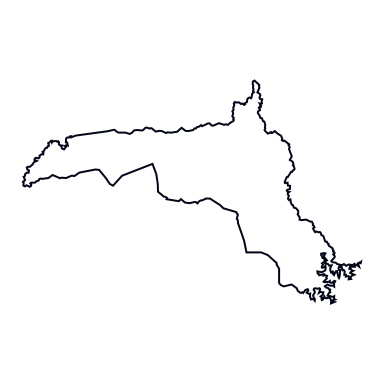 the district of Jardim, Mato Grosso do Sul, Brazil
{"feature_id": "56859067B9427285142105", "entity_name": "Jardim", "entity_type": "district", "adm_level": 2, "iso_a3": "BRA", "parent_name": "Brazil", "parent_adm1": "Mato Grosso do Sul", "projection": "albers", "projection_center": [-56.285, -21.608], "detail": "fine", "context": "isolated", "style": "outline", "palette": "ink", "viewbox_px": 384, "rotation_deg": 0, "n_neighbors": 0, "source": "geoboundaries", "source_scale": "gbopen_adm2", "svg_char_len": 6020}
<svg xmlns="http://www.w3.org/2000/svg" viewBox="0 0 384 384"><path d="M300.0,292.6L301.3,292.8L302.2,292.3L303.1,293.0L305.4,290.0L307.7,289.2L308.3,290.5L306.7,292.7L308.9,293.8L310.2,293.5L310.0,296.4L311.0,299.4L312.6,299.0L313.9,299.4L314.7,300.6L314.9,299.2L313.7,297.6L313.1,295.3L314.8,292.5L314.5,290.7L313.7,290.0L313.8,289.0L315.0,288.2L317.9,288.8L319.1,288.2L320.0,288.7L320.1,289.7L319.0,292.8L320.2,292.0L323.4,292.3L322.7,295.0L320.6,296.4L321.8,297.3L321.5,299.2L321.9,300.1L323.0,299.4L324.4,296.6L325.0,298.0L326.7,298.3L328.9,297.5L330.1,298.4L331.2,300.6L331.0,303.4L334.5,302.0L332.3,301.2L333.0,300.0L335.1,299.5L334.0,298.8L334.2,296.2L332.9,296.9L327.6,295.6L328.9,293.0L330.3,292.3L329.7,291.1L330.2,289.6L329.1,289.3L328.1,288.1L325.8,287.4L324.9,286.3L327.6,284.5L329.6,285.6L332.8,285.6L334.2,286.6L334.0,283.5L335.2,281.2L334.2,280.9L332.3,282.7L331.3,282.8L330.1,282.5L329.8,281.0L328.9,281.8L324.5,282.2L323.6,281.7L326.8,278.5L326.3,277.3L327.0,275.8L324.7,275.2L323.5,275.5L323.8,274.2L319.2,275.2L318.8,274.0L317.6,273.4L317.4,271.4L321.7,272.2L325.3,270.4L325.7,267.3L325.4,265.9L323.5,267.5L322.2,267.8L321.7,267.0L323.0,264.4L322.0,263.3L324.1,261.8L324.7,260.5L323.9,258.4L322.4,257.9L322.2,256.3L321.2,255.3L321.2,253.7L322.6,253.9L323.3,253.0L325.4,253.4L323.7,256.4L326.9,260.4L325.9,261.1L325.1,263.5L327.8,263.9L329.1,265.6L331.6,265.3L330.2,268.4L330.4,270.8L331.2,272.6L332.7,271.4L333.4,272.5L332.9,273.8L334.0,275.1L335.8,271.3L337.0,271.1L338.2,276.5L339.0,278.0L339.7,276.2L340.1,270.1L339.0,270.0L338.5,268.6L338.8,267.0L339.8,266.2L340.6,267.4L341.6,266.9L342.5,270.3L343.6,269.9L344.7,271.2L344.3,274.8L345.9,274.8L345.8,276.6L348.5,276.1L349.2,277.1L348.7,279.3L351.0,279.0L350.3,278.0L351.7,275.8L354.3,274.8L350.2,272.9L350.7,272.0L353.1,270.8L351.8,270.4L350.6,268.5L349.4,268.8L349.6,267.7L350.0,266.7L354.9,266.8L354.9,265.5L356.2,265.2L354.5,263.7L352.7,265.1L348.8,264.5L346.1,265.8L343.9,264.0L343.0,264.8L340.9,265.0L337.1,264.0L335.9,262.7L332.3,262.2L331.3,261.0L334.4,257.7L334.8,256.3L333.2,254.3L334.2,253.9L334.6,252.8L333.1,251.4L333.6,250.6L332.7,249.7L332.7,248.4L328.7,245.6L328.7,244.1L327.8,243.7L326.8,241.7L325.2,241.5L323.7,236.9L322.9,235.7L321.3,235.0L321.0,233.3L319.9,232.0L318.7,232.3L316.3,231.5L315.2,232.2L314.5,231.3L313.0,228.4L314.5,227.3L314.0,226.0L312.8,225.2L313.1,224.1L311.9,221.7L309.9,221.5L306.2,219.6L301.6,220.1L299.7,219.8L299.6,217.2L297.6,214.3L298.2,213.1L298.2,210.9L296.1,208.3L294.0,207.7L292.9,205.2L292.0,204.9L290.8,202.5L290.4,199.4L288.9,200.0L288.0,198.8L288.8,195.6L287.8,194.4L287.9,192.9L289.1,192.0L287.7,191.8L286.8,190.7L287.3,189.8L289.9,189.1L290.1,185.8L287.9,185.6L287.6,182.7L285.0,183.1L284.6,182.2L286.7,177.1L287.7,177.1L291.1,171.8L292.2,171.9L292.7,170.6L294.0,169.9L294.6,168.8L293.8,166.1L292.9,165.5L293.5,164.1L292.6,161.7L289.8,159.9L291.8,156.4L289.0,149.0L289.7,147.0L288.5,145.1L289.2,144.3L284.4,140.7L283.0,141.0L281.8,140.1L282.4,139.2L281.1,135.8L277.4,133.5L274.8,131.1L272.2,133.0L271.2,133.0L270.9,132.1L267.9,133.6L265.1,130.9L264.5,129.8L265.3,128.6L264.9,127.3L265.3,125.0L264.4,121.6L263.1,121.2L261.8,118.1L260.3,117.9L259.6,115.5L257.8,113.0L258.1,111.4L259.9,110.1L259.7,108.8L258.8,107.9L259.8,106.5L260.7,107.0L261.1,106.0L259.7,103.6L261.1,104.0L262.0,103.3L261.5,102.1L262.2,99.3L259.9,98.8L259.5,97.5L260.4,95.3L259.8,93.9L257.4,92.4L259.4,87.9L259.0,86.3L259.3,85.0L254.5,80.6L252.9,81.5L252.7,84.3L253.3,85.8L253.0,87.7L253.5,89.0L253.0,91.5L253.9,92.2L252.2,93.6L251.6,97.4L251.0,98.3L249.6,97.5L248.1,98.2L247.2,99.5L247.0,102.0L244.4,103.5L245.0,104.3L244.2,104.9L242.0,103.5L240.7,103.9L239.1,102.4L235.9,102.5L234.7,102.0L233.8,103.4L234.3,105.4L233.4,107.1L233.4,110.2L232.4,111.2L233.2,113.4L232.3,116.3L233.8,117.9L233.2,119.1L233.8,119.9L233.5,120.9L229.9,123.0L227.9,124.9L226.4,124.3L224.0,124.8L219.0,123.2L213.1,125.7L211.5,125.4L209.8,123.5L208.2,123.3L202.1,126.2L201.1,125.1L199.3,126.5L197.0,127.1L196.0,128.4L194.5,128.5L193.2,130.0L188.6,131.0L185.6,130.9L181.6,127.8L177.1,131.8L170.6,132.7L167.5,132.3L166.1,133.1L161.9,131.1L159.6,130.8L155.7,131.6L152.0,128.5L150.8,128.1L149.9,128.6L146.5,127.5L145.1,128.0L143.3,130.0L141.8,130.5L137.5,130.0L134.0,130.4L132.2,132.6L129.8,133.9L125.2,132.6L118.7,132.6L116.5,131.6L114.8,129.9L113.7,129.8L107.9,131.2L75.6,135.6L72.3,136.9L71.4,136.3L70.8,137.4L69.9,136.4L68.7,137.5L67.0,137.6L66.0,138.8L65.9,142.4L67.2,142.6L67.8,145.6L66.4,145.2L64.7,146.0L66.1,146.7L64.0,149.4L62.2,148.6L61.2,146.3L61.9,145.5L59.7,145.2L58.9,144.2L59.0,142.3L58.2,141.2L57.4,141.8L56.1,141.0L52.7,141.3L52.0,142.3L51.8,140.7L50.6,141.1L49.4,142.6L48.2,143.1L49.0,145.8L47.7,146.2L47.2,147.7L45.6,148.0L43.8,151.1L42.6,151.9L43.5,152.8L43.2,154.4L41.9,154.1L39.5,155.7L39.6,157.4L38.6,158.4L36.1,157.8L34.8,158.5L34.5,160.0L36.7,160.9L33.9,162.2L32.8,164.2L30.1,166.7L27.6,166.9L26.8,167.5L27.4,169.6L28.8,170.2L28.9,171.4L28.6,172.7L26.9,172.6L25.3,173.9L24.7,176.4L23.7,176.8L25.1,180.1L23.0,181.9L23.7,182.9L23.4,185.6L24.7,186.4L26.6,185.3L29.8,186.8L30.9,186.0L31.3,184.6L30.3,183.4L31.2,182.7L35.1,182.6L36.1,181.5L38.8,180.4L39.3,179.0L40.6,178.5L41.9,178.9L48.4,178.0L52.6,175.0L59.9,178.2L61.2,177.7L66.2,178.0L71.6,175.7L74.5,176.0L79.3,172.6L95.4,169.5L99.1,169.9L105.5,177.6L109.9,184.0L113.0,185.7L122.1,175.7L152.5,163.9L156.3,174.1L157.8,184.3L158.0,191.7L163.7,196.5L165.9,197.1L167.1,198.1L166.6,199.2L178.8,201.2L181.0,199.1L184.9,202.5L189.5,203.2L194.6,202.0L195.9,202.1L197.4,203.4L198.8,201.6L200.7,200.4L202.1,200.4L206.1,198.5L210.0,198.6L220.1,205.1L223.4,208.3L236.4,212.1L236.7,213.4L237.9,214.5L236.8,218.8L237.7,219.8L238.0,223.1L244.1,240.7L246.5,252.4L261.1,252.4L267.7,255.0L276.6,263.0L276.6,264.5L279.1,268.8L279.1,283.0L280.8,285.1L283.8,286.4L291.6,284.5L296.7,288.2L297.8,290.8L300.0,292.6ZM357.4,265.0L358.3,266.1L359.1,266.7L358.4,264.6L358.7,262.9L357.8,263.3L357.4,265.0ZM361.0,261.9L359.7,262.9L360.7,263.2L361.0,261.9Z" fill="none" stroke="#020617" stroke-width="2"/></svg>